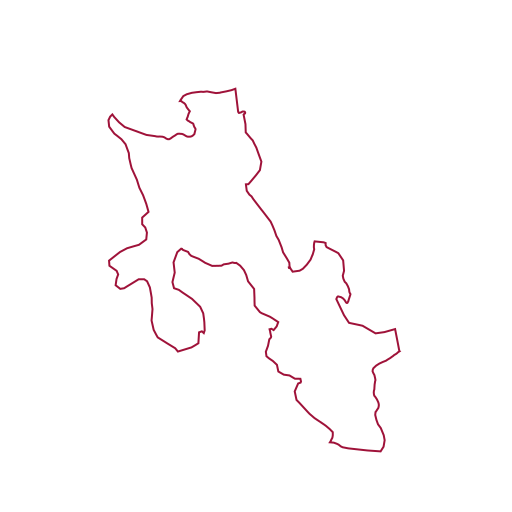 Ba'dan, Ibb, Yemen, rotated 20°
{"feature_id": "15242507B32892695664802", "entity_name": "Ba'dan", "entity_type": "district", "adm_level": 2, "iso_a3": "YEM", "parent_name": "Yemen", "parent_adm1": "Ibb", "projection": "robinson", "projection_center": [44.318, 13.989], "detail": "fine", "context": "isolated", "style": "outline", "palette": "rose", "viewbox_px": 512, "rotation_deg": 20, "n_neighbors": 0, "source": "geoboundaries", "source_scale": "gbopen_adm2", "svg_char_len": 5215}
<svg xmlns="http://www.w3.org/2000/svg" viewBox="0 0 512 512"><g transform="rotate(20 256 256)"><path d="M215.3,372.5L217.4,370.9L221.0,368.2L224.7,365.4L226.6,364.0L229.1,361.0L231.7,357.7L228.6,347.2L230.9,345.3L233.3,346.3L233.2,343.4L230.1,335.9L228.6,332.8L226.0,327.9L223.4,325.3L220.9,322.8L214.6,320.0L210.6,318.2L203.8,316.5L199.3,315.4L195.1,314.2L190.0,314.3L186.4,309.1L185.3,299.4L182.6,294.0L180.7,290.2L180.7,279.3L183.2,274.7L184.1,274.6L184.9,275.2L186.2,275.3L190.8,275.4L191.9,276.3L192.9,277.1L193.7,277.4L195.0,278.0L197.3,278.1L203.1,278.2L208.4,279.3L210.5,279.8L214.0,280.0L218.2,280.3L223.4,278.3L226.9,276.9L228.5,274.9L232.8,272.6L235.7,270.4L236.2,270.1L237.6,270.0L239.0,269.7L239.8,269.2L244.4,270.5L249.5,273.4L253.3,277.2L257.2,282.5L265.5,287.6L268.9,295.9L270.1,299.1L271.7,303.1L278.9,307.4L280.8,307.8L289.8,308.3L292.3,308.8L299.5,310.5L299.5,315.1L297.9,319.6L295.4,319.1L293.8,320.2L295.4,322.5L295.5,322.9L297.4,325.9L297.8,326.5L297.9,327.3L297.7,328.2L297.0,329.7L298.0,336.3L298.0,342.6L300.1,346.6L303.1,347.7L307.8,348.9L312.9,351.1L316.5,356.9L322.7,358.0L328.3,356.8L334.5,358.0L339.7,356.2L341.2,358.5L341.2,359.7L339.2,361.4L338.7,370.0L343.3,377.4L346.9,379.1L357.7,384.7L360.3,386.0L366.4,388.3L377.7,391.1L379.8,391.7L384.4,393.4L388.4,395.3L389.4,398.0L389.8,399.8L389.9,401.0L389.6,402.7L389.5,404.4L389.2,405.8L392.9,404.8L396.2,404.8L398.1,405.0L400.8,405.9L402.8,406.1L405.3,405.7L408.5,405.2L427.3,400.6L439.5,397.1L439.9,397.0L441.1,391.6L439.9,385.1L437.3,380.7L432.1,375.0L428.2,372.4L425.2,368.8L422.4,364.6L421.7,361.8L421.8,361.7L422.2,360.0L422.5,358.6L422.9,357.2L422.8,355.7L422.4,354.0L421.7,352.7L420.9,351.6L419.8,350.5L418.7,349.4L417.4,348.4L416.3,347.6L414.9,346.8L414.1,345.6L413.3,343.9L412.9,342.3L412.8,340.8L412.3,339.2L411.9,337.8L411.4,336.1L411.1,334.5L410.8,333.1L410.7,331.8L409.8,330.2L408.0,327.4L406.4,326.0L405.0,324.5L404.6,322.9L404.7,321.3L406.4,317.9L408.7,314.9L411.4,312.2L414.0,309.9L414.4,309.3L415.3,308.1L417.1,305.9L418.0,304.5L419.0,303.1L419.7,301.8L420.9,300.4L421.8,299.1L422.2,298.2L422.5,297.7L423.5,296.4L423.2,296.3L419.4,289.9L411.7,277.1L402.7,283.6L394.8,287.8L384.9,286.0L380.0,285.1L376.9,285.5L371.3,286.3L366.3,287.0L365.2,286.2L358.9,281.5L346.2,269.0L346.3,266.9L346.9,265.9L350.1,265.6L352.3,266.1L354.3,267.1L355.7,268.2L356.4,268.8L357.2,269.1L357.9,268.8L358.2,267.0L358.1,266.1L357.9,260.5L357.8,259.5L356.9,258.8L356.0,257.8L354.8,255.4L352.7,253.0L350.2,250.8L348.2,249.9L345.9,247.5L344.3,244.9L343.8,239.8L339.4,230.3L332.4,225.2L329.8,224.8L323.2,224.0L319.3,223.5L317.7,222.0L317.0,220.0L314.9,220.0L306.1,222.2L306.2,223.7L306.6,225.6L307.4,228.0L308.4,229.8L308.8,235.5L308.7,235.6L308.5,240.8L306.7,246.8L304.4,252.0L302.0,254.9L295.8,258.2L292.3,255.7L291.2,256.0L290.7,255.4L291.4,254.7L291.0,254.4L291.0,254.1L289.6,250.9L285.8,247.7L280.2,243.3L277.1,239.1L271.8,233.1L268.3,230.2L264.5,225.5L261.0,221.7L258.0,218.7L246.7,211.5L245.5,210.8L244.4,210.1L238.1,206.1L233.9,203.4L231.4,201.5L228.8,200.6L225.0,197.9L222.0,192.1L224.3,191.1L225.8,187.2L228.4,180.0L230.3,174.0L228.8,165.5L227.2,163.6L223.0,158.6L219.2,154.0L216.0,151.1L213.4,148.5L210.8,147.2L205.8,144.3L204.1,143.4L201.0,135.7L196.0,127.4L196.1,127.2L196.2,126.7L196.6,126.3L196.9,125.7L196.9,125.2L196.4,124.5L196.0,124.3L195.6,124.3L195.3,124.4L194.6,124.6L194.0,124.8L193.5,125.3L193.1,125.9L192.5,126.4L192.3,126.6L191.9,126.7L191.3,127.3L190.9,127.4L189.9,126.6L179.4,105.9L176.3,108.5L171.7,111.5L166.7,114.5L166.3,114.9L162.7,116.6L158.2,117.4L153.7,118.1L150.4,119.8L148.2,120.4L144.1,122.4L139.9,124.6L135.6,127.7L133.0,130.6L131.8,135.2L131.6,136.4L132.1,136.2L132.4,136.1L132.7,136.1L132.8,136.0L133.0,136.1L134.3,136.6L135.8,136.8L137.3,137.4L138.5,138.3L139.6,139.6L140.9,140.6L142.2,141.4L143.5,142.2L144.3,142.6L144.0,145.5L144.2,148.9L144.1,149.8L144.1,151.4L145.7,152.1L147.2,152.3L147.7,152.5L148.5,152.7L151.3,153.0L152.0,153.4L152.9,154.7L154.3,156.2L155.4,156.9L155.9,157.8L156.2,160.9L156.4,162.5L155.9,163.5L155.6,164.2L154.6,165.5L153.3,166.4L152.0,166.9L150.6,167.3L149.2,167.2L147.7,166.9L146.2,166.6L144.7,166.6L143.3,167.0L141.8,167.4L140.4,168.1L139.4,169.4L138.5,170.7L137.4,172.0L136.5,173.3L135.6,174.7L134.5,175.9L133.1,176.4L131.6,176.4L130.2,176.0L128.8,175.8L127.3,175.9L125.9,176.3L124.5,176.7L123.6,177.1L123.1,177.3L121.7,177.7L120.1,177.9L111.6,179.7L105.3,179.7L88.5,179.7L81.6,177.2L75.1,173.8L72.6,172.1L71.3,174.9L70.9,178.8L73.8,184.7L78.9,188.1L81.1,189.5L83.0,190.1L84.6,190.6L89.6,192.3L95.2,195.6L98.3,199.3L101.3,202.8L103.4,207.4L107.1,213.1L109.0,215.9L118.0,225.1L120.8,228.8L123.1,231.8L129.1,237.5L132.5,241.5L135.1,244.6L137.2,247.5L139.9,251.3L135.9,258.8L138.2,265.1L142.2,267.1L145.5,271.3L147.2,278.0L142.2,285.5L137.9,288.6L132.2,292.8L126.9,298.7L124.7,302.2L119.5,310.6L121.6,315.3L130.1,317.6L132.8,320.5L132.8,325.3L134.1,331.5L139.7,333.3L143.1,331.4L145.1,328.8L149.5,323.3L153.7,318.0L158.9,316.1L162.3,317.0L167.0,321.8L169.4,325.9L172.2,330.8L174.2,336.0L176.9,341.3L179.0,348.9L179.9,352.3L185.1,360.4L189.5,364.4L191.5,366.1L199.0,367.7L202.2,368.4L208.6,369.7L211.6,370.3L215.3,372.5Z" fill="none" stroke="#9f1239" stroke-width="2"/></g></svg>